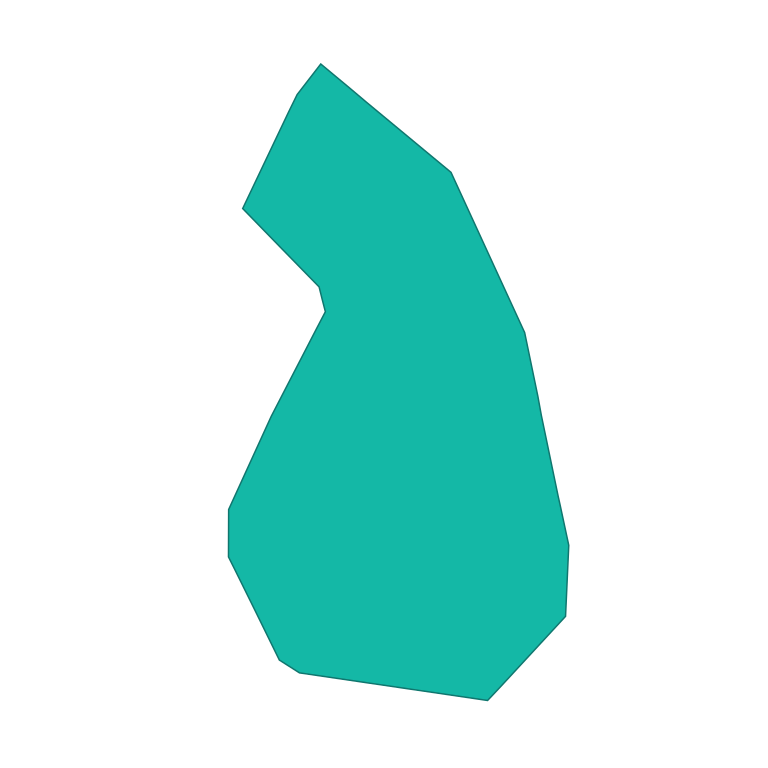 outline of Presidente Dutra, Bahia, Brazil, rotated 175°
{"feature_id": "56859067B99362282210335", "entity_name": "Presidente Dutra", "entity_type": "district", "adm_level": 2, "iso_a3": "BRA", "parent_name": "Brazil", "parent_adm1": "Bahia", "projection": "natural_earth1", "projection_center": [-41.989, -11.318], "detail": "fine", "context": "isolated", "style": "filled", "palette": "teal", "viewbox_px": 768, "rotation_deg": 175, "n_neighbors": 0, "source": "geoboundaries", "source_scale": "gbopen_adm2", "svg_char_len": 552}
<svg xmlns="http://www.w3.org/2000/svg" viewBox="0 0 768 768"><g transform="rotate(175 384 384)"><path d="M223.4,136.7L214.0,207.2L219.1,248.1L220.3,257.1L230.0,339.1L231.8,358.4L239.4,423.0L298.8,589.0L376.9,666.2L391.1,680.5L419.1,708.3L445.3,679.9L455.2,663.5L480.6,620.3L509.5,571.1L475.2,529.1L440.2,486.4L438.1,473.1L436.1,461.1L445.7,446.1L499.1,361.7L549.7,272.5L554.0,225.3L549.2,213.2L532.0,169.1L512.3,118.1L504.2,111.9L493.4,103.6L308.4,59.7L296.5,70.3L290.4,75.8L223.4,136.7Z" fill="#14b8a6" stroke="#0f766e" stroke-width="1.5"/></g></svg>